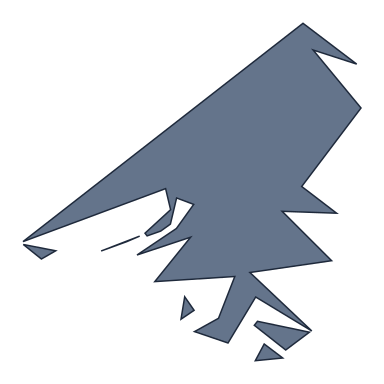 the state/province of Kommune Kujalleq
{"feature_id": "GRL-2740", "entity_name": "Kommune Kujalleq", "entity_type": "state/province", "adm_level": 1, "iso_a3": "GRL", "parent_name": "Greenland", "parent_adm1": "", "projection": "orthographic", "projection_center": [-44.745, 61.276], "detail": "coarse", "context": "isolated", "style": "filled", "palette": "slate", "viewbox_px": 384, "rotation_deg": 0, "n_neighbors": 0, "source": "natural_earth", "source_scale": "10m", "svg_char_len": 728}
<svg xmlns="http://www.w3.org/2000/svg" viewBox="0 0 384 384"><path d="M303.0,23.3L356.7,64.1L313.1,50.0L361.0,108.0L301.7,186.5L336.6,213.2L282.1,211.3L331.6,260.7L249.9,272.5L311.8,331.0L255.7,297.0L228.0,343.0L194.5,331.6L218.5,318.3L234.8,276.5L154.8,281.6L190.6,237.2L137.0,255.0L176.4,228.5L193.7,204.4L176.6,198.0L170.4,224.1L160.7,231.1L147.1,235.9L145.0,233.2L170.6,209.7L165.6,188.6L23.0,241.6L303.0,23.3ZM309.4,332.2L285.7,350.0L254.3,325.3L257.5,321.3L309.4,332.2ZM264.2,344.0L282.7,358.0L255.3,360.7L264.2,344.0ZM23.3,244.5L55.7,250.8L41.4,259.0L23.3,244.5ZM126.9,241.6L101.1,251.0L139.7,236.1L126.9,241.6ZM184.7,296.8L194.1,310.3L181.0,319.2L184.7,296.8Z" fill="#64748b" stroke="#1e293b" stroke-width="1.5"/></svg>